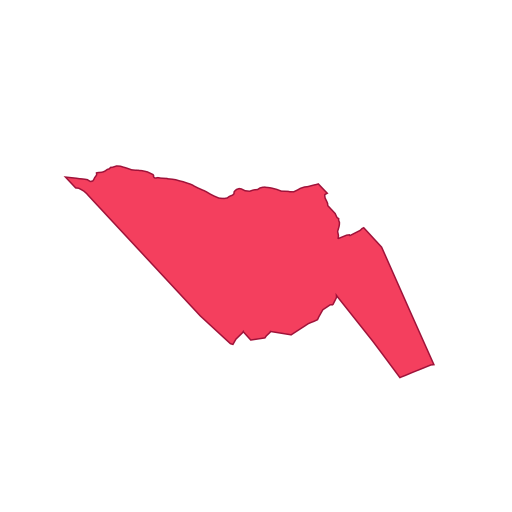 the district of Monjas, Oaxaca, Mexico, rotated 293°
{"feature_id": "50627088B56439767998561", "entity_name": "Monjas", "entity_type": "district", "adm_level": 2, "iso_a3": "MEX", "parent_name": "Mexico", "parent_adm1": "Oaxaca", "projection": "robinson", "projection_center": [-96.624, 16.374], "detail": "fine", "context": "isolated", "style": "filled", "palette": "rose", "viewbox_px": 512, "rotation_deg": 293, "n_neighbors": 0, "source": "geoboundaries", "source_scale": "gbopen_adm2", "svg_char_len": 2687}
<svg xmlns="http://www.w3.org/2000/svg" viewBox="0 0 512 512"><g transform="rotate(293 256 256)"><path d="M225.5,462.2L230.6,456.7L266.5,418.1L313.2,368.2L323.9,344.6L324.1,344.1L322.7,342.9L320.3,341.9L315.9,338.2L311.5,334.5L311.7,333.7L311.9,333.6L310.6,331.3L304.4,325.1L304.4,324.7L306.8,324.0L307.5,323.6L309.1,322.5L310.1,321.7L311.2,321.4L312.6,321.3L315.6,320.9L316.9,320.6L318.0,320.3L319.2,319.8L319.7,319.6L320.1,319.1L320.4,318.8L321.4,318.0L322.7,317.5L322.8,316.8L322.9,316.4L323.0,315.6L324.4,314.0L326.0,312.3L330.4,302.4L331.7,301.7L332.3,301.4L333.6,300.1L336.4,296.9L337.7,296.1L339.1,295.4L339.8,295.6L341.6,297.1L344.5,290.3L346.7,285.2L345.2,283.4L344.2,281.9L342.6,279.8L340.1,276.6L339.2,275.0L338.4,273.6L335.6,270.4L333.2,268.6L329.8,265.6L328.3,261.9L328.1,260.5L327.0,257.6L325.6,254.0L325.4,249.1L324.7,244.3L324.4,242.8L323.8,240.5L323.0,238.1L322.9,237.3L321.8,235.2L320.2,233.1L317.8,231.5L317.0,230.0L316.3,228.7L315.3,227.3L313.1,224.8L311.8,220.4L312.0,216.3L311.5,214.2L310.6,213.1L310.4,213.0L309.7,212.1L307.9,211.2L306.5,210.8L304.7,211.4L303.2,210.8L302.5,210.3L301.8,209.5L300.4,208.2L299.8,207.8L298.2,206.9L296.6,204.4L295.6,201.8L294.8,199.2L294.8,195.5L294.8,194.0L295.1,189.7L295.7,185.3L295.9,182.4L295.8,181.5L295.9,177.8L295.9,176.1L296.2,171.7L296.5,169.9L296.5,167.3L296.2,164.1L295.9,159.8L295.3,156.4L294.8,152.2L294.0,149.1L293.1,146.2L292.6,144.7L292.6,143.8L291.7,141.4L290.5,138.0L289.9,135.5L289.4,134.3L288.8,133.7L288.3,132.5L288.4,131.6L289.1,130.6L290.2,130.2L290.7,129.3L290.8,127.4L290.9,125.8L290.9,124.5L291.0,123.3L290.8,122.3L290.7,121.4L290.3,119.4L289.9,117.3L289.2,115.5L288.9,114.1L287.8,111.4L286.7,107.7L286.6,105.9L286.4,102.9L286.2,100.8L285.9,98.8L285.8,97.3L285.6,95.9L284.4,92.5L283.8,91.8L281.4,89.0L280.8,87.6L278.8,86.8L277.6,85.3L275.6,84.1L274.5,83.2L273.5,82.2L272.7,81.1L271.2,78.2L270.2,76.7L268.5,77.6L266.7,77.3L265.2,76.9L263.1,76.8L261.9,76.6L261.1,76.3L260.7,75.5L260.1,75.0L259.9,74.3L260.0,73.3L260.1,72.5L260.2,71.8L260.4,71.1L260.1,69.8L259.8,68.6L259.0,65.8L258.1,63.1L257.4,60.3L254.2,49.8L248.2,63.4L249.1,66.2L248.9,68.8L248.5,72.1L247.3,75.7L246.2,78.0L235.1,102.8L179.1,228.1L165.3,266.7L165.6,269.3L171.6,270.0L180.2,273.6L181.5,273.8L181.2,274.1L176.6,284.0L184.1,296.2L186.5,296.7L191.3,298.8L192.2,298.8L197.0,318.4L197.1,319.1L214.2,330.6L216.5,332.8L218.4,334.8L221.4,337.5L224.5,337.6L232.6,338.5L239.8,343.2L240.1,343.5L240.6,344.5L240.9,345.4L241.6,345.8L244.4,346.0L249.4,346.3L250.8,345.6L251.2,345.4L250.3,346.9L223.3,396.6L214.9,411.1L200.3,436.0L201.4,437.0L204.2,439.9L209.7,445.2L224.0,459.5L225.5,462.2Z" fill="#f43f5e" stroke="#9f1239" stroke-width="1.5"/></g></svg>